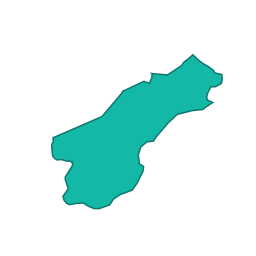 Coubaril Estate, Soufrière, Saint Lucia, rotated 302°
{"feature_id": "8701671B11157561333534", "entity_name": "Coubaril Estate", "entity_type": "district", "adm_level": 2, "iso_a3": "LCA", "parent_name": "Saint Lucia", "parent_adm1": "Soufrière", "projection": "robinson", "projection_center": [-61.055, 13.847], "detail": "fine", "context": "isolated", "style": "filled", "palette": "teal", "viewbox_px": 256, "rotation_deg": 302, "n_neighbors": 0, "source": "geoboundaries", "source_scale": "gbopen_adm2", "svg_char_len": 1267}
<svg xmlns="http://www.w3.org/2000/svg" viewBox="0 0 256 256"><g transform="rotate(302 128 128)"><path d="M103.1,161.9L103.5,161.7L103.8,156.5L110.8,150.9L118.8,148.9L126.2,151.3L130.3,156.5L134.9,156.5L153.4,159.3L161.5,161.4L165.6,162.5L176.4,172.8L183.3,181.6L184.7,182.1L186.5,182.7L186.8,182.8L193.8,186.0L194.5,186.4L193.8,180.4L195.9,178.4L199.0,177.2L206.7,176.4L209.5,180.4L215.4,183.6L219.3,182.0L221.3,180.5L223.1,179.2L220.7,172.4L222.0,170.4L222.1,169.8L222.7,164.1L222.4,158.1L222.4,157.3L222.6,155.4L223.1,149.7L223.8,148.1L223.9,147.3L224.4,144.1L221.0,143.2L218.1,142.3L213.2,140.4L209.4,140.4L193.8,133.3L191.9,129.4L191.7,129.1L191.3,128.3L188.8,123.4L186.8,119.3L186.7,119.7L183.4,121.5L180.4,122.0L177.2,122.5L177.0,121.2L176.0,116.8L156.6,104.2L156.6,104.6L124.0,99.9L80.0,69.6L77.1,71.7L76.5,72.0L74.0,72.0L72.0,73.0L65.9,77.6L63.9,79.8L63.3,82.3L63.3,84.6L66.1,88.5L66.3,89.5L66.9,91.5L67.3,93.1L67.6,93.9L69.1,96.2L69.1,97.8L69.7,98.4L67.2,100.8L63.4,100.8L52.9,100.8L50.5,102.7L44.9,109.5L35.5,109.1L33.0,111.9L31.6,115.9L32.0,119.1L32.2,119.3L35.8,123.1L40.7,129.8L40.7,136.2L41.8,142.2L44.6,146.5L53.3,153.3L59.9,153.3L67.2,156.5L77.7,164.5L85.7,164.9L99.0,163.7L103.1,161.9Z" fill="#14b8a6" stroke="#0f766e" stroke-width="1.5"/></g></svg>